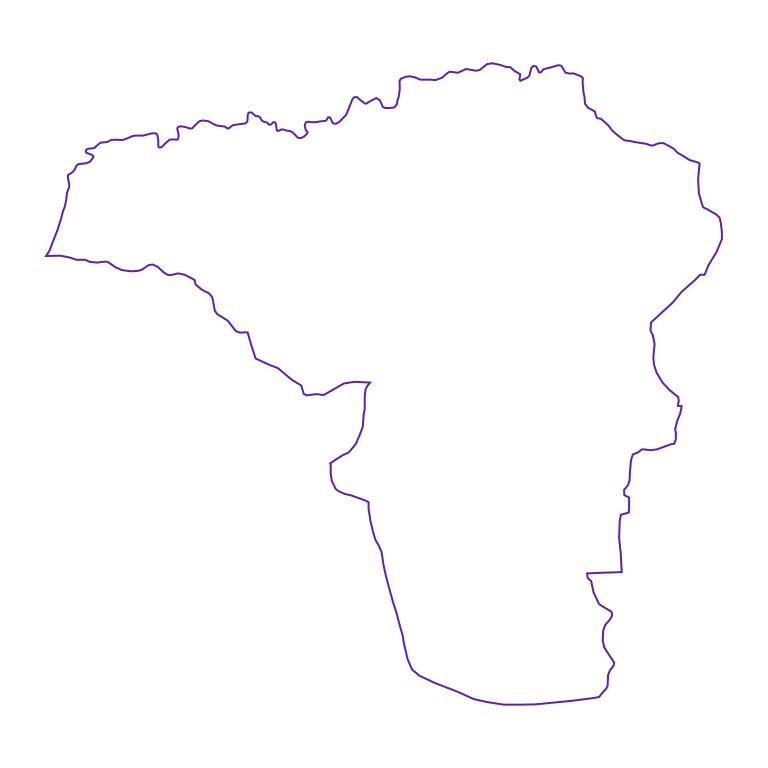 outline of Binh Long, Bình Phước, Vietnam
{"feature_id": "81297802B43417057118199", "entity_name": "Binh Long", "entity_type": "district", "adm_level": 2, "iso_a3": "VNM", "parent_name": "Vietnam", "parent_adm1": "Bình Phước", "projection": "mercator", "projection_center": [106.575, 11.671], "detail": "fine", "context": "isolated", "style": "outline", "palette": "violet", "viewbox_px": 768, "rotation_deg": 0, "n_neighbors": 0, "source": "geoboundaries", "source_scale": "gbopen_adm2", "svg_char_len": 5143}
<svg xmlns="http://www.w3.org/2000/svg" viewBox="0 0 768 768"><path d="M582.6,82.2L582.9,78.1L581.3,76.5L577.7,75.0L573.6,73.4L569.6,73.6L565.3,72.5L561.5,65.8L558.3,65.2L550.4,67.5L543.6,69.2L541.2,72.1L539.2,72.5L536.1,66.4L533.5,66.0L531.4,67.7L530.5,71.4L529.2,76.1L527.1,77.8L520.4,80.8L519.4,79.3L520.3,74.3L514.3,70.8L510.3,67.2L506.0,66.9L500.4,65.0L492.6,63.3L487.1,64.1L479.5,70.1L475.6,70.7L466.1,69.0L464.0,70.0L457.7,72.8L451.7,71.9L449.2,71.9L446.2,74.0L442.5,77.4L440.7,78.2L435.5,80.1L430.4,79.7L420.6,79.7L413.9,77.0L409.6,76.3L405.8,76.8L400.7,78.9L399.5,81.2L399.8,88.6L398.8,96.4L397.5,100.1L397.0,104.0L395.3,106.4L394.2,107.5L389.9,108.0L385.2,108.0L382.8,106.9L379.9,100.3L376.3,98.1L370.9,100.8L366.5,103.5L364.9,103.5L359.2,99.1L357.0,97.1L354.3,97.1L352.4,99.3L346.3,114.7L339.3,121.9L335.8,123.8L332.8,123.2L330.1,117.5L328.2,117.2L326.5,120.0L325.4,120.9L321.0,121.3L315.6,122.2L311.6,122.2L308.5,121.7L305.9,122.3L304.8,124.8L304.8,126.2L305.8,130.1L307.6,132.1L307.3,133.4L304.3,136.4L302.1,137.6L301.0,138.0L298.0,137.8L293.0,132.7L290.4,131.2L286.6,130.6L282.6,129.4L281.1,129.6L278.6,130.9L276.8,130.5L276.5,128.0L276.0,124.5L275.3,122.5L273.5,122.1L272.5,123.1L270.9,124.6L268.8,124.6L267.3,122.6L263.5,121.6L262.0,120.7L259.8,117.1L258.5,116.3L256.0,116.1L254.5,115.1L251.6,112.4L248.6,112.7L247.7,114.8L247.6,118.9L247.5,120.5L246.9,121.9L246.1,122.9L244.9,123.5L238.6,124.3L233.0,125.1L229.1,128.0L227.9,128.7L224.8,126.6L221.3,126.1L216.7,125.5L212.9,123.8L208.4,121.2L202.5,120.5L199.3,121.3L195.1,125.3L192.2,128.3L190.2,128.6L184.5,126.8L180.7,126.3L178.1,126.9L177.4,128.0L177.4,129.5L178.4,133.3L178.6,136.4L177.9,139.3L176.6,139.7L172.6,139.4L169.6,139.7L166.5,142.4L161.4,147.3L158.8,147.4L158.3,145.8L158.3,140.8L157.4,135.1L156.5,133.7L155.0,133.3L151.7,133.4L143.2,135.6L135.3,135.6L132.4,136.1L128.2,138.0L123.3,139.8L120.0,140.1L116.8,139.7L111.3,139.9L107.6,141.9L104.4,142.3L100.8,142.6L99.3,143.6L95.8,146.6L94.4,148.0L87.7,148.9L86.1,150.0L85.8,151.0L85.8,151.8L86.4,152.8L88.3,153.5L91.4,154.6L93.4,156.2L93.1,157.6L92.4,158.7L89.6,162.0L85.4,163.4L78.7,164.0L76.7,165.4L74.4,170.1L71.8,172.7L68.1,175.0L67.8,177.0L69.2,184.7L69.2,187.0L67.0,192.9L66.2,200.0L64.8,206.6L63.0,211.2L61.0,219.0L57.4,230.3L52.5,242.6L49.7,250.3L46.1,256.0L50.7,255.9L60.6,255.7L69.7,257.5L76.5,259.8L85.2,259.8L90.0,261.9L97.1,262.6L102.2,261.9L105.8,261.6L108.4,262.3L115.4,267.2L121.9,270.1L131.2,271.3L138.4,270.8L142.2,269.5L148.5,265.2L152.6,264.5L157.4,266.6L164.1,272.7L167.4,274.7L170.8,275.2L175.8,273.9L178.2,273.4L184.7,274.8L190.2,277.6L194.6,280.0L195.6,284.5L201.6,289.5L209.2,293.5L212.0,296.8L212.9,299.9L214.8,310.7L217.3,314.2L227.8,320.7L232.2,326.4L235.9,331.1L240.0,332.7L245.5,332.3L247.6,332.4L251.3,345.2L255.6,358.5L268.8,364.6L278.2,368.3L283.3,372.7L291.7,379.7L301.2,385.5L303.7,393.8L306.5,395.3L316.8,394.1L322.8,395.0L324.8,394.5L329.5,391.7L343.8,383.5L354.3,381.8L370.1,382.6L369.0,384.2L367.6,385.4L366.0,388.5L365.5,389.9L364.8,395.3L364.7,406.9L364.7,409.0L363.7,414.3L362.9,425.8L362.6,427.3L360.0,434.2L356.1,443.2L355.4,444.6L350.0,450.9L348.7,452.4L346.9,453.3L342.7,455.2L336.9,458.9L330.0,463.5L330.7,464.7L330.7,473.7L331.8,481.0L335.7,489.0L338.7,491.2L344.8,494.0L350.6,495.2L364.8,500.3L368.6,502.2L368.6,509.3L370.6,521.7L372.8,530.8L375.5,540.1L378.6,545.2L381.6,552.2L383.6,565.5L386.6,578.8L390.5,592.9L392.7,601.1L396.6,613.2L398.6,621.1L399.9,625.8L402.7,635.6L403.8,643.0L407.6,659.2L412.0,669.5L419.4,675.7L433.9,682.6L457.7,691.8L473.5,699.0L486.7,702.0L504.1,704.7L517.5,704.7L535.1,704.4L572.9,700.7L593.6,698.0L599.1,697.0L602.7,692.5L606.1,688.8L607.6,685.9L608.1,674.8L609.9,670.6L613.8,665.3L614.1,662.4L610.5,657.1L604.2,647.3L602.7,640.2L603.2,630.7L605.1,625.2L609.9,619.5L612.0,615.8L612.1,613.9L611.4,611.7L602.9,606.6L599.0,604.0L593.6,592.4L591.1,580.9L589.6,579.8L587.6,577.8L587.1,573.4L600.4,572.8L621.7,572.1L620.8,554.2L619.1,537.9L619.7,521.1L620.9,514.8L628.8,512.5L629.1,506.8L629.1,497.5L624.3,495.1L624.1,489.9L628.1,484.9L629.6,480.3L629.9,473.3L631.0,460.1L632.9,454.5L637.8,452.5L642.0,449.4L643.9,449.4L650.8,450.2L656.9,449.4L670.8,444.3L674.3,443.7L675.8,439.3L675.9,433.1L675.1,429.0L677.3,420.6L680.2,413.6L681.3,408.4L681.5,406.1L677.8,405.8L678.8,400.7L678.2,397.1L669.8,390.3L662.8,382.9L656.6,372.7L654.0,364.7L653.3,357.4L654.6,344.0L652.8,335.2L650.5,330.6L651.0,322.5L664.9,309.7L672.9,302.4L681.4,292.0L694.7,280.3L700.1,274.7L704.6,274.8L708.4,265.3L716.5,252.1L721.9,239.1L721.9,232.0L720.8,222.8L719.6,217.8L716.3,214.5L708.4,209.9L703.2,207.3L701.9,203.7L698.9,193.5L698.1,179.5L699.0,169.3L699.3,166.6L699.3,166.4L699.6,163.6L698.1,162.6L694.7,161.5L689.9,160.2L681.6,155.0L677.6,152.8L673.4,148.5L668.2,145.6L663.7,143.2L659.1,143.2L656.6,144.0L652.9,145.5L650.8,145.5L646.1,143.8L637.1,142.4L634.1,141.9L629.9,140.9L626.2,140.7L623.4,139.7L615.6,133.6L612.0,130.3L608.6,125.7L603.1,120.7L600.8,118.7L598.8,118.4L597.4,118.3L596.5,117.0L595.6,114.7L595.0,111.8L592.8,110.3L588.1,107.8L585.1,103.9L584.8,101.3L584.5,96.9L583.5,92.5L583.1,87.6L582.6,82.2Z" fill="none" stroke="#5b21b6" stroke-width="2"/></svg>